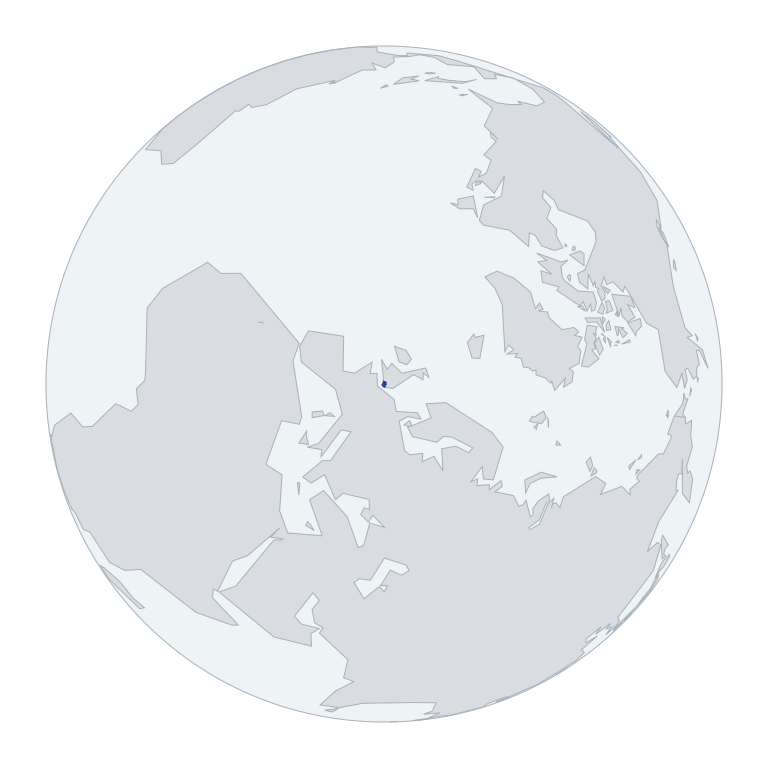 the Earth from above Kent, rotated 96°
{"feature_id": "GBR-3409", "entity_name": "Kent", "entity_type": "Administrative County", "adm_level": 1, "iso_a3": "GBR", "parent_name": "United Kingdom", "parent_adm1": "", "projection": "orthographic", "projection_center": [0.675, 51.199], "detail": "fine", "context": "on_globe", "style": "filled", "palette": "blue", "viewbox_px": 768, "rotation_deg": 96, "n_neighbors": 0, "source": "natural_earth", "source_scale": "10m", "svg_char_len": 11441}
<svg xmlns="http://www.w3.org/2000/svg" viewBox="0 0 768 768"><g transform="rotate(96 384 384)"><circle cx="384" cy="384" r="338" fill="#eef3f6" stroke="#a8b0b8"/><path d="M52.0,447.1L51.3,443.4L51.1,437.5L49.8,426.3L54.5,425.3L55.9,403.7L55.0,395.3L52.4,395.7L51.8,364.0L55.3,343.5L72.9,256.3L78.9,242.8L85.6,232.2L124.7,176.2L92.3,217.4L101.2,202.5L114.5,184.3L114.7,185.6L133.8,165.0L146.3,151.1L173.1,131.6L200.3,124.6L191.6,130.6L199.2,128.8L210.5,121.5L216.1,117.2L257.3,106.3L296.4,90.6L303.7,82.6L306.0,87.3L316.6,70.9L334.6,63.4L317.3,74.0L317.9,76.8L331.6,72.4L335.1,74.6L343.8,73.9L346.8,77.0L336.5,83.7L338.2,86.1L347.8,82.9L356.9,84.6L342.5,88.8L356.9,92.4L342.2,105.7L301.3,116.9L296.0,129.3L261.5,154.6L267.6,155.8L258.4,167.1L261.9,172.9L254.5,176.6L263.7,178.2L269.8,173.8L275.9,173.1L278.6,176.3L269.6,181.4L266.9,180.5L265.7,183.7L260.0,185.0L264.3,186.2L253.1,192.3L268.0,191.2L262.3,200.3L253.8,203.1L249.8,196.2L220.3,188.0L210.5,189.9L200.6,198.8L192.4,228.7L183.5,234.0L175.1,245.9L182.2,245.7L191.3,236.4L202.3,239.5L212.1,228.4L218.0,228.4L230.0,220.3L233.3,228.8L230.1,241.7L220.3,249.1L218.6,255.2L232.1,254.6L217.9,275.2L215.6,301.4L211.4,306.3L195.5,303.6L184.9,286.9L164.4,285.9L182.8,294.3L171.9,307.6L172.3,313.4L175.9,317.5L182.1,315.6L179.4,322.2L160.2,315.6L162.3,309.6L168.4,311.5L163.3,304.1L150.2,300.9L145.7,308.6L130.8,297.8L127.4,303.3L122.2,304.5L128.6,296.2L116.8,311.3L98.5,304.8L82.0,330.9L92.6,300.7L92.9,288.4L91.8,276.5L88.9,280.5L91.4,261.0L86.9,253.9L75.1,267.0L66.3,287.1L64.5,306.4L68.6,304.0L69.9,316.0L59.0,327.8L59.7,354.4L53.9,368.1L52.8,383.1L55.6,392.6L57.8,408.5L62.8,407.6L69.4,416.0L66.0,429.4L72.4,424.8L74.1,438.5L89.3,463.9L87.3,464.9L99.5,501.4L118.5,530.2L122.8,544.5L120.0,547.6L127.8,556.6L128.0,560.4L164.1,594.2L186.7,616.5L188.7,628.1L175.3,630.2L175.8,645.7L155.0,631.9L157.4,634.7L139.9,617.7L123.8,599.6L108.9,580.3L95.5,560.0L83.6,538.8L73.3,516.8L64.5,494.1L57.4,470.8L52.0,447.1ZM76.8,337.6L78.0,375.1L72.6,361.8L74.5,362.5L75.2,351.1L74.8,334.3L71.4,323.6L76.8,337.6ZM87.9,336.2L87.3,330.8L88.5,335.1L87.9,336.2ZM218.0,115.1L210.3,121.2L198.8,127.4L204.8,121.9L218.0,115.1ZM240.4,105.3L237.8,108.3L229.7,109.0L233.7,107.0L240.4,105.3ZM308.2,76.8L301.3,79.7L306.8,76.2L308.2,76.8ZM344.5,73.3L345.3,71.9L349.5,72.2L344.5,73.3ZM227.4,216.3L228.6,218.2L225.7,218.7L227.4,216.3ZM231.4,211.0L227.1,210.2L228.4,207.6L231.0,208.2L231.4,211.0ZM357.9,77.5L364.3,78.7L356.0,78.5L357.9,77.5ZM236.3,212.8L231.2,203.2L233.5,198.7L245.4,197.4L236.3,212.8ZM366.8,80.2L382.5,83.8L385.7,80.7L385.4,91.8L372.2,84.8L361.5,84.8L367.4,82.7L366.8,80.2ZM270.6,171.0L264.2,175.8L267.1,168.9L270.6,171.0ZM270.9,166.8L271.0,147.8L281.8,142.7L279.6,149.9L291.5,141.4L296.7,148.2L291.3,154.4L283.3,156.2L291.4,157.5L270.9,166.8ZM382.8,97.7L385.0,99.8L380.7,98.9L382.8,97.7ZM278.6,172.3L277.6,168.7L286.9,164.0L290.4,170.4L286.3,169.8L278.6,172.3ZM292.1,136.0L299.6,133.9L305.9,138.7L309.6,138.7L297.8,147.9L292.1,136.0ZM285.5,172.5L292.0,173.8L290.1,179.1L280.1,175.6L285.5,172.5ZM287.8,160.2L292.3,158.3L290.9,161.4L287.8,160.2ZM286.8,199.3L285.5,194.6L290.2,191.7L286.8,199.3ZM294.5,174.0L295.2,172.2L296.9,170.6L300.6,172.6L294.5,174.0ZM303.0,150.9L304.0,153.5L308.2,147.3L313.0,151.1L304.2,156.7L310.1,155.8L311.6,157.0L302.7,160.4L303.0,150.9ZM309.5,170.0L300.0,179.1L301.5,188.1L297.3,190.8L295.7,175.9L309.5,170.0ZM306.3,164.0L307.4,168.3L301.7,169.3L297.4,167.1L306.3,164.0ZM319.5,151.7L314.3,144.5L316.4,143.5L319.5,151.7ZM311.1,172.3L313.3,170.1L311.8,172.8L311.1,172.3ZM318.2,157.7L316.1,155.2L318.5,154.1L318.2,157.7ZM319.6,168.0L316.6,170.8L313.6,169.3L319.6,168.0ZM319.9,163.1L323.7,162.3L314.4,167.0L318.5,162.1L319.9,163.1ZM320.8,157.1L321.6,155.7L321.4,158.3L320.8,157.1ZM332.7,172.6L321.6,178.9L315.0,175.3L326.7,169.6L332.7,172.6ZM707.0,284.8L708.3,293.0L713.8,311.4L713.7,310.0L715.5,318.5L715.8,320.5L711.9,305.7L705.2,293.9L708.2,310.0L704.3,301.9L695.6,298.9L697.8,322.2L703.7,371.5L710.5,394.6L709.9,413.9L694.4,400.3L683.2,382.9L680.3,393.5L662.1,391.0L638.5,422.2L632.8,419.1L628.8,428.0L615.7,432.0L606.0,425.7L599.1,432.9L624.3,448.8L631.4,441.0L634.0,422.8L640.0,430.7L652.3,428.6L647.1,467.0L608.1,526.2L600.4,510.3L550.6,477.2L549.9,469.9L549.5,469.2L548.7,468.1L548.1,480.8L538.2,472.8L569.0,501.7L575.9,516.2L607.6,527.8L605.6,532.4L614.6,532.1L638.8,503.9L639.8,510.0L630.7,547.3L593.8,606.6L596.5,622.3L590.1,638.2L562.3,660.8L559.9,667.9L544.9,677.3L540.7,681.5L525.9,689.9L502.9,700.1L469.0,710.5L470.7,708.9L459.5,707.4L445.6,692.4L458.1,679.2L456.7,669.7L431.7,648.8L437.5,632.3L429.8,626.4L414.7,629.8L405.4,622.1L395.8,622.5L333.3,627.5L312.0,614.1L281.4,572.0L291.1,557.8L288.9,537.9L352.5,472.5L370.3,477.0L425.3,462.4L432.9,464.0L431.1,482.0L476.2,493.1L485.1,475.9L521.2,474.5L542.2,464.2L541.4,429.6L506.9,445.9L496.3,432.9L520.1,406.6L549.5,392.6L546.3,387.2L523.8,383.6L526.6,368.4L515.6,381.4L523.0,385.0L516.3,393.5L509.1,390.8L510.4,385.3L500.4,386.8L497.0,413.5L504.1,420.1L480.4,433.6L490.1,446.0L485.1,455.1L466.8,437.5L465.6,429.1L434.9,411.8L434.1,421.7L463.0,439.0L455.7,439.1L454.8,453.8L449.8,442.7L418.5,422.3L394.4,431.6L370.7,468.5L355.2,471.7L339.0,464.7L340.8,429.1L375.3,426.1L376.3,414.4L363.5,398.1L375.1,398.9L374.1,392.2L386.5,390.3L398.3,372.4L410.0,368.9L409.1,347.9L415.0,343.5L413.9,357.0L419.4,365.0L448.0,356.6L451.8,350.9L448.9,338.1L457.2,337.9L450.7,326.6L464.4,316.3L442.3,319.8L438.3,306.0L443.5,292.6L438.2,289.0L429.7,311.0L429.9,319.3L436.4,325.3L433.4,350.0L424.8,356.0L412.9,333.5L399.3,340.0L396.0,320.5L421.0,271.4L434.3,258.9L467.9,265.3L468.1,275.3L456.0,277.7L472.2,287.4L468.5,280.9L475.3,281.0L473.2,268.7L478.0,268.2L467.8,257.5L473.4,255.6L479.7,262.4L481.4,243.6L491.5,237.1L489.6,233.1L484.7,230.7L500.8,224.6L498.6,222.0L492.6,222.9L484.4,218.5L476.2,208.7L482.2,207.1L486.0,210.4L502.9,215.5L512.0,225.2L513.6,223.6L507.2,214.8L486.5,208.6L479.9,203.1L489.8,204.6L485.7,203.6L484.2,200.5L488.5,196.1L477.6,193.9L454.0,163.8L459.8,153.0L471.2,157.2L461.0,136.8L468.4,127.6L462.8,128.3L454.1,119.9L451.7,122.6L448.3,122.4L424.9,103.7L424.1,98.7L407.6,92.8L404.7,93.4L404.4,96.7L385.4,91.8L385.7,80.7L392.3,80.0L388.0,74.2L403.5,73.5L414.4,70.8L434.0,74.5L440.9,72.6L438.4,70.7L445.9,67.1L470.1,67.9L461.6,75.8L427.5,79.5L442.3,78.4L442.2,81.4L449.6,82.9L459.8,82.3L459.0,80.4L492.2,96.4L523.3,104.6L513.1,95.6L515.1,91.8L541.6,96.7L591.9,127.1L595.0,125.1L600.7,128.4L610.1,137.2L602.1,132.5L604.3,137.3L598.4,133.7L610.9,147.4L602.9,142.9L616.5,156.3L620.4,156.3L612.3,145.4L627.6,159.9L629.9,156.6L639.2,164.3L665.9,198.6L679.4,222.4L682.2,226.9L682.8,230.7L690.9,247.4L695.1,252.2L707.0,284.8ZM335.9,509.5L335.4,515.8L335.9,509.5ZM584.6,393.1L599.7,381.5L586.0,367.4L590.6,362.0L584.3,359.4L584.9,366.4L568.4,358.2L572.4,346.8L567.0,339.5L561.7,343.1L557.1,365.5L580.7,377.1L580.2,388.1L584.6,393.1ZM89.9,464.5L91.3,470.1L88.6,466.1L89.9,464.5ZM69.5,365.1L70.9,370.9L70.8,375.9L69.3,372.3L69.5,365.1ZM87.4,411.2L90.2,418.4L86.2,413.2L87.4,411.2ZM78.8,380.7L85.0,405.9L77.5,397.2L74.0,381.5L77.8,389.1L78.8,380.7ZM82.3,341.3L82.6,345.7L80.9,347.1L82.3,341.3ZM88.8,339.5L88.3,338.3L89.1,334.6L88.8,339.5ZM173.1,308.0L174.5,308.7L177.1,313.8L173.7,313.3L173.1,308.0ZM201.9,326.8L197.0,336.9L198.1,329.0L192.4,329.9L187.6,314.9L209.0,308.1L200.2,313.6L201.9,326.8ZM187.2,293.9L187.8,303.6L186.3,293.3L187.2,293.9ZM356.3,359.3L362.4,363.3L360.3,371.4L345.4,377.5L348.2,365.7L356.3,359.3ZM371.5,367.3L363.7,344.2L372.7,340.0L369.0,346.1L375.7,345.7L371.5,355.5L387.6,374.9L386.9,383.4L359.7,389.1L369.0,382.2L362.5,378.5L371.5,367.3ZM328.2,298.2L325.0,289.7L348.6,291.4L348.9,299.2L334.1,305.4L325.0,299.8L328.2,298.2ZM258.3,213.1L255.5,210.8L258.0,209.3L262.4,209.9L258.3,213.1ZM285.8,197.3L273.0,221.7L269.1,220.2L266.2,237.0L255.0,239.8L257.3,228.7L246.5,243.9L244.0,235.0L237.8,245.9L244.1,220.8L241.5,213.9L248.6,220.4L259.0,217.9L262.7,214.7L271.2,200.9L270.7,185.5L280.9,181.1L288.3,182.1L289.9,185.1L282.8,186.9L290.2,189.7L281.1,194.6L285.8,197.3ZM368.3,205.0L359.3,204.3L372.6,213.6L363.6,217.4L365.7,218.2L361.0,224.5L359.0,233.7L354.3,234.3L355.6,237.7L352.5,242.2L352.6,247.1L344.1,250.2L343.6,256.6L339.9,254.4L341.3,264.8L336.5,258.5L332.0,264.1L339.1,267.2L292.9,274.6L277.3,283.5L266.9,294.8L259.9,283.3L265.2,265.8L277.2,247.9L293.2,241.3L287.1,237.7L293.0,233.6L295.3,238.2L295.3,228.8L300.8,226.7L311.4,212.6L307.9,201.0L311.7,195.9L315.8,199.5L316.7,191.9L327.0,195.3L330.0,191.8L343.1,192.0L349.2,201.4L352.1,196.9L362.1,197.2L368.3,205.0ZM336.4,172.9L345.8,182.5L345.5,189.6L322.9,186.4L318.8,189.1L304.2,188.0L305.0,177.9L309.0,179.1L313.2,178.0L311.3,181.5L315.9,177.9L321.7,179.5L326.8,177.2L328.5,180.9L336.4,172.9ZM438.8,456.0L444.2,455.6L452.0,452.9L451.6,462.4L438.8,456.0ZM417.2,442.4L421.7,440.4L425.0,451.9L419.3,452.5L417.2,442.4ZM421.4,429.9L421.7,439.4L418.2,434.7L421.4,429.9ZM417.7,354.7L422.2,352.0L423.7,354.7L422.5,359.8L417.7,354.7ZM405.8,235.5L400.7,233.4L401.4,231.4L394.3,222.3L400.4,219.1L407.1,223.3L405.8,235.5ZM537.1,438.1L532.7,447.1L528.8,445.8L531.1,442.9L537.1,438.1ZM491.3,457.2L503.1,457.2L491.1,459.8L491.3,457.2ZM411.3,230.5L407.7,227.0L413.0,227.6L411.3,230.5ZM404.5,216.4L410.2,216.0L400.3,217.7L404.5,216.4ZM633.0,603.6L606.0,637.9L594.3,647.0L595.9,643.2L608.5,625.7L623.3,611.1L631.6,598.8L633.0,603.6ZM719.4,343.0L719.3,342.7L718.3,334.5L719.4,343.0ZM711.4,395.3L715.6,401.2L714.6,408.9L711.4,395.3ZM685.5,232.2L688.8,239.7L687.3,237.2L682.0,226.3L685.5,232.2ZM646.4,171.5L652.4,178.8L655.2,182.4L653.8,180.8L646.4,171.5ZM458.3,202.3L461.3,218.1L467.6,228.2L477.4,231.7L464.8,234.0L455.2,218.3L458.3,202.3ZM453.9,168.5L445.2,166.3L448.0,163.3L450.3,163.4L453.9,168.5ZM449.4,170.0L440.7,174.9L435.2,171.0L443.1,167.9L449.4,170.0ZM426.3,201.9L426.8,206.7L422.5,206.0L426.3,201.9ZM594.2,120.3L591.2,118.7L585.3,113.8L589.0,116.3L594.2,120.3ZM563.2,98.2L582.7,112.1L597.9,124.5L596.5,122.6L605.8,129.8L604.3,130.0L588.8,117.8L578.5,109.4L570.6,104.9L559.1,97.4L551.7,94.8L544.6,91.1L548.1,91.1L563.2,98.2ZM548.9,94.2L532.0,88.9L523.7,82.4L525.6,82.0L536.9,87.0L540.6,90.1L548.9,94.2ZM525.5,85.9L528.8,89.1L511.1,91.9L505.3,91.0L514.4,84.4L518.1,87.2L523.9,88.0L525.5,85.9ZM387.7,98.4L385.3,99.7L385.3,97.5L387.7,98.4ZM447.2,124.1L442.6,123.4L442.8,120.6L447.2,124.1ZM430.1,120.2L433.0,123.8L427.4,120.6L430.1,120.2ZM440.1,132.0L433.0,125.5L443.4,130.8L440.1,132.0Z" fill="#d9dde1" stroke="#a8b0b8" stroke-width="1"/><path d="M382.9,382.5L383.2,382.5L383.2,382.4L383.4,382.3L383.3,382.5L383.4,382.8L383.2,383.0L383.3,383.1L383.5,383.1L383.7,383.3L383.8,383.3L383.9,383.2L384.0,383.0L384.0,382.9L384.1,382.7L384.2,382.8L384.3,383.0L385.1,383.1L385.6,383.0L386.8,382.8L386.8,383.1L386.7,383.2L386.6,383.4L386.6,383.5L386.7,383.8L386.7,384.1L386.6,384.3L386.3,384.5L386.2,384.6L385.9,384.6L385.6,384.7L385.5,384.8L385.3,384.9L385.1,385.2L385.1,385.3L385.1,385.7L384.7,385.6L384.4,385.2L384.1,385.2L383.9,385.1L383.6,385.2L383.3,385.0L383.3,384.9L383.0,384.8L383.0,384.7L382.9,384.6L382.7,384.5L382.3,384.4L382.0,384.5L382.1,384.3L381.9,384.4L381.7,384.4L381.7,384.2L381.7,383.9L381.7,383.7L381.8,383.5L381.9,383.3L382.0,383.3L382.0,383.2L382.1,382.9L382.1,382.7L382.3,382.5L382.3,382.4L382.5,382.5L382.6,382.4L382.7,382.5L382.8,382.5L382.9,382.5ZM384.9,382.7L384.9,382.8L385.0,382.9L385.0,383.0L384.9,383.0L384.4,383.0L384.3,382.9L384.2,382.7L384.3,382.6L384.8,382.7L384.9,382.7Z" fill="#3b82f6" stroke="#1e3a8a" stroke-width="1.5"/></g></svg>